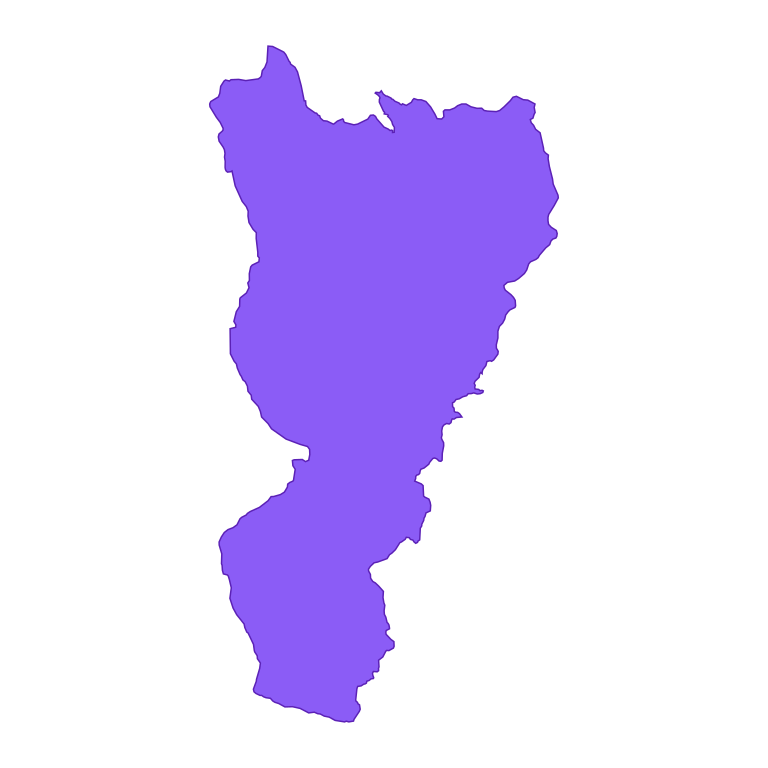 outline of Matman, Shan, Myanmar
{"feature_id": "60261553B76959974834297", "entity_name": "Matman", "entity_type": "district", "adm_level": 2, "iso_a3": "MMR", "parent_name": "Myanmar", "parent_adm1": "Shan", "projection": "natural_earth1", "projection_center": [98.878, 22.187], "detail": "fine", "context": "isolated", "style": "filled", "palette": "violet", "viewbox_px": 768, "rotation_deg": 0, "n_neighbors": 0, "source": "geoboundaries", "source_scale": "gbopen_adm2", "svg_char_len": 6086}
<svg xmlns="http://www.w3.org/2000/svg" viewBox="0 0 768 768"><path d="M256.3,681.3L253.4,689.2L254.0,691.8L256.0,693.5L260.0,695.4L261.7,695.4L263.6,696.8L266.0,697.7L270.4,698.3L272.8,701.0L274.9,702.3L278.7,703.5L284.9,706.9L292.5,706.7L300.1,708.4L308.7,712.9L314.3,712.2L317.7,713.7L320.3,714.0L324.2,716.1L329.1,717.1L335.1,720.4L344.6,721.9L346.3,721.2L348.8,721.9L353.5,721.1L354.0,719.4L359.3,711.4L360.2,709.2L359.5,704.8L358.1,703.9L357.4,702.3L355.9,700.9L355.7,700.0L356.9,688.7L357.7,686.4L361.1,685.9L363.7,684.2L365.1,683.9L366.4,683.1L366.8,681.2L369.1,680.5L371.0,678.9L373.4,678.5L373.7,677.7L372.8,675.2L372.5,673.2L373.4,671.5L377.2,671.8L378.6,670.7L378.5,668.4L379.0,666.9L378.6,660.2L382.8,657.0L385.8,651.2L386.7,650.4L388.9,650.6L393.4,648.1L394.1,646.3L393.9,641.6L390.8,639.3L386.1,634.3L385.8,632.2L386.2,630.5L389.5,628.8L389.5,628.1L389.0,625.1L388.1,623.4L387.1,622.5L385.8,617.1L384.4,614.4L384.1,610.8L384.8,605.2L383.9,602.9L383.0,597.6L383.4,591.4L378.7,586.1L375.3,582.9L372.8,581.5L370.6,578.2L370.4,574.4L368.6,571.0L368.5,569.1L370.4,566.3L374.1,562.8L377.8,562.0L387.1,558.6L389.5,554.7L391.9,553.1L395.4,549.7L399.9,542.6L401.4,542.0L405.2,539.3L406.3,537.3L409.3,537.7L410.4,539.4L412.9,540.1L414.0,541.9L415.7,543.3L417.5,542.4L418.0,541.1L419.7,539.9L420.3,528.2L421.7,526.0L421.8,524.2L423.7,520.4L424.0,518.2L425.0,516.5L426.0,512.9L430.3,510.9L430.7,505.4L430.1,502.2L428.9,499.1L424.6,497.0L423.6,496.0L423.1,485.6L421.3,483.9L414.7,481.1L415.7,478.5L415.7,476.4L416.9,475.0L418.5,474.6L419.7,473.4L420.2,470.7L420.9,469.2L424.1,468.0L428.8,464.2L429.6,462.4L432.8,458.5L434.6,458.0L436.7,458.8L439.0,461.0L440.9,461.3L442.1,460.2L442.3,453.3L443.7,445.9L443.6,442.7L441.7,439.0L441.4,437.6L442.1,434.8L441.7,431.0L442.5,426.8L444.1,424.8L446.6,423.5L449.2,424.0L451.0,422.6L451.5,420.4L452.2,418.9L454.0,419.1L456.5,417.5L461.9,417.0L459.5,413.7L457.7,412.4L455.3,412.2L454.3,411.3L454.0,408.1L452.6,406.6L452.5,402.8L454.3,401.9L456.0,399.5L459.3,398.8L462.7,396.8L466.6,395.7L468.2,393.7L471.3,393.6L473.8,392.9L477.2,394.0L480.1,393.7L482.8,392.5L483.3,390.9L482.1,390.3L479.9,390.6L478.7,389.4L475.1,389.0L474.7,387.2L475.2,385.3L474.2,383.4L475.0,381.3L479.1,377.3L479.6,374.2L480.7,372.5L482.1,373.7L482.2,371.8L482.9,369.5L485.9,365.6L486.9,361.5L490.1,360.7L491.6,361.3L493.7,359.9L497.9,354.1L498.2,351.3L496.4,348.2L496.3,344.8L497.9,338.0L497.9,331.2L499.4,326.4L502.6,323.1L504.7,319.1L505.7,315.0L508.0,311.9L509.9,309.9L515.0,307.4L515.6,305.9L515.2,300.3L513.5,297.4L511.0,294.7L505.3,290.2L504.2,287.9L503.9,285.4L507.5,282.3L514.7,281.0L518.6,278.5L524.4,273.5L526.7,270.0L528.7,263.9L530.5,261.8L535.9,259.4L538.1,257.7L539.4,255.3L545.7,247.9L549.7,244.6L550.9,241.1L552.8,239.1L555.9,238.0L556.8,236.3L557.2,233.5L556.3,230.5L551.3,227.3L548.6,224.4L548.0,220.8L548.0,217.2L548.7,214.4L554.2,205.5L558.3,197.9L558.0,195.2L553.2,184.1L552.5,178.9L549.4,166.6L548.1,158.7L548.4,155.1L545.3,152.8L543.7,150.7L543.5,148.1L540.1,132.8L535.6,129.3L533.6,125.3L531.2,122.7L530.3,119.5L532.9,118.2L534.1,114.3L535.1,112.5L534.2,107.4L535.0,104.0L527.8,100.1L523.3,99.7L516.4,96.3L513.0,97.2L510.3,100.7L504.0,106.9L499.7,110.5L496.3,111.6L487.5,111.1L484.2,110.5L481.7,108.2L477.0,108.3L471.0,106.8L466.0,104.0L461.8,104.0L457.6,105.7L454.6,108.0L449.8,109.9L444.9,109.9L443.4,111.3L443.9,116.8L441.7,119.0L437.1,118.7L434.9,114.1L430.6,106.9L425.9,101.5L421.2,99.8L417.7,99.8L414.0,98.6L412.7,99.9L411.4,102.3L406.3,105.4L402.5,103.8L401.6,104.8L400.3,104.3L399.0,103.0L395.0,101.3L392.8,99.3L391.6,99.0L391.1,98.1L387.1,96.1L385.9,96.0L383.3,94.1L381.3,90.8L379.6,92.7L375.9,92.3L375.2,93.1L377.8,94.9L379.4,96.5L380.0,97.9L379.4,99.4L379.3,102.1L383.5,111.2L384.6,112.3L384.2,113.9L387.8,114.7L388.3,115.5L387.7,116.4L389.7,118.3L391.8,121.5L392.6,124.5L394.4,127.4L394.2,132.3L392.5,132.5L392.5,130.5L391.4,130.1L390.0,130.5L388.3,129.1L384.0,127.1L376.8,118.9L375.5,116.4L373.4,115.0L370.4,115.3L367.8,119.1L357.6,124.1L353.9,124.8L344.7,122.5L343.6,121.3L343.5,119.9L342.7,118.9L337.4,121.1L333.7,124.1L333.1,124.0L327.0,121.1L323.4,120.7L320.5,118.2L319.6,115.7L318.2,115.3L316.6,113.2L315.2,113.0L307.2,107.4L305.9,105.0L305.6,100.9L304.2,100.8L301.2,85.8L297.5,71.9L295.0,67.3L290.6,64.1L290.1,62.3L289.1,61.3L285.8,54.6L283.8,52.1L272.7,46.5L268.0,46.1L267.0,62.0L264.8,67.5L262.3,70.6L261.3,76.3L260.3,77.5L258.3,78.9L245.8,80.6L238.7,79.4L231.0,79.7L229.4,81.0L225.5,80.0L224.0,81.1L220.7,86.3L219.8,93.3L218.4,96.9L210.8,101.5L210.1,102.9L209.7,104.1L210.0,106.8L216.4,117.3L220.2,122.4L223.1,128.3L223.0,130.1L222.3,131.1L219.0,134.0L218.3,136.9L219.1,141.2L223.2,147.2L224.4,149.7L225.0,153.5L224.5,157.1L225.2,161.2L225.1,167.4L225.4,169.3L226.1,170.9L227.5,172.1L230.8,171.7L232.0,171.0L235.2,185.9L242.2,201.4L246.3,206.6L248.2,211.2L248.0,216.1L249.0,222.6L253.1,229.4L256.3,232.6L256.2,238.4L257.8,252.3L257.8,256.2L259.3,257.9L258.9,261.8L252.2,265.1L250.7,266.9L249.3,273.6L249.4,280.5L247.8,283.0L249.0,287.7L246.4,293.0L240.3,297.8L239.8,299.1L239.6,306.4L236.3,311.7L233.9,321.4L235.9,324.9L235.7,327.3L230.1,328.7L230.4,353.8L234.1,361.2L236.4,363.9L237.3,368.0L240.1,374.6L241.3,376.3L242.9,379.9L245.2,381.7L247.4,386.1L248.0,391.3L251.2,395.2L251.7,399.2L258.3,406.4L260.4,411.5L261.6,417.0L268.1,423.6L271.5,428.8L286.1,439.1L300.2,444.4L307.5,446.5L309.6,449.4L309.8,454.5L308.7,460.2L305.5,461.6L302.3,459.5L294.1,459.8L292.4,460.5L292.9,465.7L295.2,469.3L293.5,480.2L292.8,481.2L289.9,482.4L287.7,484.1L287.4,487.1L284.4,492.1L280.4,494.6L273.7,496.5L271.1,496.6L268.1,500.7L259.4,507.4L250.3,511.5L247.4,513.4L246.2,515.0L241.7,517.3L240.0,518.8L237.0,524.8L233.0,527.7L228.0,529.6L224.3,532.5L221.3,537.1L219.1,542.0L219.2,545.1L221.8,553.9L221.5,563.7L222.1,565.4L222.4,570.3L223.4,573.9L227.5,575.0L228.3,576.1L229.4,579.7L231.3,587.8L229.9,598.3L233.1,608.1L236.7,614.7L244.1,624.0L244.8,627.5L246.8,632.1L248.1,633.0L253.5,644.4L254.3,650.5L254.7,651.9L257.2,655.7L257.4,658.7L260.4,663.0L259.7,668.4L256.5,679.3L256.3,681.3Z" fill="#8b5cf6" stroke="#5b21b6" stroke-width="1.5"/></svg>